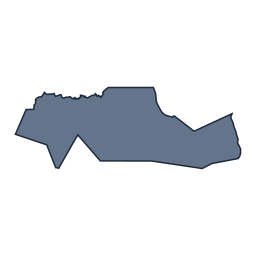 the district of San Jose, Copán, Honduras
{"feature_id": "27666195B88846849027409", "entity_name": "San Jose", "entity_type": "district", "adm_level": 2, "iso_a3": "HND", "parent_name": "Honduras", "parent_adm1": "Copán", "projection": "robinson", "projection_center": [-88.677, 14.914], "detail": "fine", "context": "isolated", "style": "filled", "palette": "slate", "viewbox_px": 256, "rotation_deg": 0, "n_neighbors": 0, "source": "geoboundaries", "source_scale": "gbopen_adm2", "svg_char_len": 4113}
<svg xmlns="http://www.w3.org/2000/svg" viewBox="0 0 256 256"><path d="M238.2,158.5L238.3,158.3L238.5,158.0L239.0,157.3L239.4,156.6L239.5,156.4L239.7,156.2L239.8,155.9L239.9,155.7L240.1,155.1L240.2,154.6L240.4,153.8L240.5,153.5L240.5,153.3L240.6,153.1L240.6,152.8L240.6,152.7L240.6,152.4L240.6,152.2L240.6,151.9L240.5,151.7L240.5,151.4L240.6,151.1L240.6,150.8L240.6,150.5L240.6,150.2L240.6,149.9L240.6,149.7L240.6,149.4L240.6,149.2L240.5,148.9L240.4,148.7L240.3,148.4L240.2,148.4L240.1,148.2L239.9,147.8L239.9,147.6L239.8,147.3L239.7,147.1L239.5,146.6L239.3,146.2L239.1,145.8L239.0,145.6L238.9,145.4L238.8,145.2L238.7,145.0L238.5,144.8L238.4,144.6L238.2,144.3L238.1,144.1L238.0,143.9L237.9,143.7L237.8,143.4L237.7,143.2L237.6,142.9L237.6,142.7L237.5,142.4L237.5,142.2L237.6,141.9L237.6,141.7L237.7,141.4L237.8,141.2L237.9,140.9L237.9,140.7L238.0,140.4L238.0,140.2L238.0,139.9L238.0,139.7L238.0,139.3L238.0,139.1L237.9,139.0L237.9,138.9L237.9,138.7L237.8,138.4L237.7,138.2L237.6,137.8L237.3,137.0L237.2,136.5L237.0,136.0L236.7,135.0L236.5,134.6L236.5,134.4L236.4,134.2L236.3,133.8L236.3,133.7L236.2,133.4L236.2,133.2L236.2,132.9L236.1,132.6L236.1,132.4L236.0,132.1L235.8,131.7L235.7,131.3L235.5,130.8L235.4,130.4L235.2,129.9L234.9,129.2L234.7,128.6L234.4,127.9L234.3,127.6L234.2,127.3L234.0,126.8L233.9,126.3L233.7,125.9L233.6,125.4L233.6,125.2L233.5,124.9L233.5,124.7L233.5,124.4L233.5,124.2L233.4,124.0L233.4,123.9L233.3,123.6L233.2,123.3L233.0,123.0L232.8,122.4L232.5,121.7L231.6,119.6L231.4,119.3L231.1,118.6L231.0,118.4L230.9,118.2L230.9,117.9L230.8,117.7L230.8,117.4L230.9,117.2L230.9,116.9L231.0,116.8L231.0,116.7L231.2,116.1L231.4,115.6L231.5,115.2L231.8,114.3L232.0,114.0L232.1,113.6L194.1,131.2L174.2,115.9L174.0,116.0L173.9,116.0L173.7,116.1L173.4,116.2L173.3,116.3L173.2,116.4L173.2,116.5L173.2,116.8L173.0,117.0L172.9,117.0L172.7,117.0L171.9,116.9L171.5,116.9L171.1,116.8L170.6,116.7L170.2,116.6L168.5,116.1L167.5,115.8L166.5,115.5L166.3,115.4L166.1,115.4L165.9,115.3L165.7,115.2L165.3,115.0L165.2,115.0L165.0,114.8L164.8,114.7L164.7,114.6L164.4,114.4L164.2,114.3L164.1,114.2L163.8,114.0L163.6,113.9L163.5,113.7L163.3,113.6L163.2,113.4L162.9,113.2L162.7,113.0L162.2,112.4L161.9,112.1L161.6,111.8L161.3,111.4L161.2,111.3L161.2,111.2L160.9,110.8L160.9,110.7L160.4,109.9L160.1,109.3L159.4,108.0L158.8,106.8L158.2,105.6L157.6,104.5L157.4,104.0L157.1,103.5L157.1,103.3L157.0,103.2L156.9,103.0L156.9,102.9L156.8,102.7L156.7,102.4L156.6,102.1L156.5,101.8L156.5,101.5L156.4,101.2L156.3,100.8L156.3,100.6L156.3,100.4L156.2,100.1L156.2,99.9L156.2,99.7L156.1,98.5L155.9,96.8L155.8,95.6L155.7,94.3L155.6,93.9L155.6,93.6L155.6,93.4L155.2,92.4L154.9,91.5L154.5,90.4L154.1,89.2L153.9,88.8L153.8,88.4L153.4,87.5L108.1,87.5L106.7,88.8L106.1,89.0L105.6,89.7L104.9,90.1L104.4,90.4L103.9,91.0L103.5,91.8L103.0,92.1L102.7,92.6L103.0,93.4L103.1,93.9L102.9,94.7L102.1,95.7L101.7,96.2L101.4,96.9L100.9,97.4L100.6,97.4L100.5,96.8L100.4,96.6L100.0,96.1L99.6,96.1L99.0,96.2L98.9,96.0L98.7,95.4L98.3,95.3L98.0,95.6L97.6,96.2L97.3,96.2L97.0,95.9L96.9,95.9L96.6,95.5L96.3,94.7L95.3,93.7L94.9,94.3L94.3,95.3L93.4,95.3L92.7,95.3L92.0,95.5L91.2,95.9L90.4,96.3L89.7,96.7L88.7,97.2L87.7,97.7L86.8,97.8L86.1,97.6L85.9,97.3L85.5,96.6L84.9,96.1L84.5,96.2L84.5,96.6L84.3,96.9L83.8,96.7L83.3,96.2L82.9,95.6L82.4,95.5L82.0,95.4L81.2,95.2L80.5,95.2L80.4,95.8L80.7,96.4L81.0,96.9L80.8,97.2L80.3,97.3L79.7,97.4L79.4,97.7L79.3,97.9L79.4,98.2L79.0,98.3L78.5,98.3L78.2,98.4L78.2,99.1L77.6,98.8L76.7,98.4L76.3,98.6L76.0,98.9L75.7,99.2L75.4,99.2L75.2,99.1L75.1,98.7L75.1,98.2L75.0,97.6L74.6,97.8L74.4,97.9L74.1,98.1L73.9,98.1L73.6,98.2L73.5,98.5L73.3,98.8L72.7,98.5L71.7,98.2L70.2,96.7L67.9,97.2L66.0,97.2L63.3,98.1L62.1,97.6L61.3,95.0L60.2,94.7L55.6,96.4L54.8,95.2L54.1,93.5L52.2,94.1L51.0,93.9L48.0,94.3L46.5,94.1L44.3,92.4L43.0,94.9L41.2,97.0L39.8,96.8L37.6,97.6L35.5,99.5L35.6,101.5L35.5,103.6L34.0,105.2L34.0,106.6L33.8,109.3L33.6,109.4L26.1,109.5L15.4,134.3L46.7,144.8L55.7,167.7L58.1,167.9L58.7,168.3L72.7,143.6L77.8,134.9L100.3,160.9L151.6,161.0L202.2,168.5L211.9,163.5L238.2,158.5Z" fill="#64748b" stroke="#1e293b" stroke-width="1.5"/></svg>